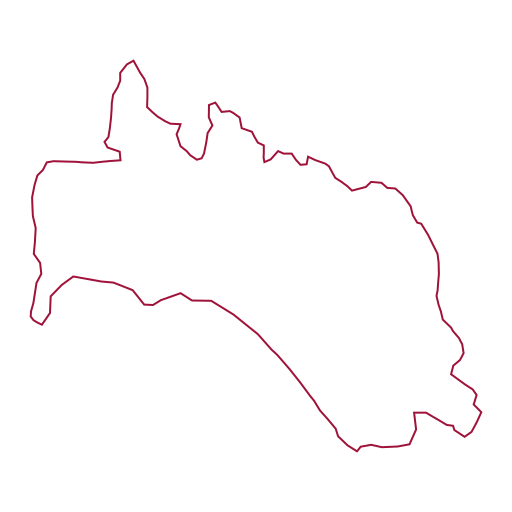 outline of Episkopi Lemesou, Limassol, Cyprus
{"feature_id": "46923920B6268683542966", "entity_name": "Episkopi Lemesou", "entity_type": "district", "adm_level": 2, "iso_a3": "CYP", "parent_name": "Cyprus", "parent_adm1": "Limassol", "projection": "robinson", "projection_center": [32.883, 34.674], "detail": "fine", "context": "isolated", "style": "outline", "palette": "rose", "viewbox_px": 512, "rotation_deg": 0, "n_neighbors": 0, "source": "geoboundaries", "source_scale": "gbopen_adm2", "svg_char_len": 2236}
<svg xmlns="http://www.w3.org/2000/svg" viewBox="0 0 512 512"><path d="M30.7,316.5L33.5,320.2L37.3,322.5L41.9,324.7L50.0,313.0L50.7,296.3L61.8,284.9L73.3,276.5L101.3,281.5L113.5,282.6L132.7,290.2L144.2,304.6L153.0,305.0L161.0,300.1L180.6,293.2L192.0,300.5L211.2,300.8L233.4,314.5L257.9,334.2L271.7,349.8L277.1,354.7L289.3,368.8L299.9,382.1L310.2,396.0L314.1,400.8L320.0,410.5L327.6,419.0L335.7,428.7L338.1,436.3L347.5,445.3L357.0,451.3L357.7,450.5L360.7,446.7L371.2,444.8L381.8,447.2L397.7,446.5L409.5,444.3L416.1,429.5L414.1,412.7L426.1,412.7L431.8,416.1L438.9,420.2L446.7,424.9L453.1,425.8L454.3,430.0L464.6,436.8L471.5,431.9L474.3,426.8L477.1,421.5L481.3,412.2L473.7,404.5L476.6,395.0L472.7,389.4L465.1,384.5L451.1,374.3L453.3,365.6L460.0,360.0L463.6,353.2L462.2,344.2L460.5,341.1L459.0,338.1L453.0,331.1L451.0,327.5L442.8,319.6L440.9,311.5L438.6,304.8L436.5,295.9L437.6,290.5L438.1,283.3L438.9,274.0L438.6,262.2L437.5,253.7L433.7,246.2L428.1,234.9L421.2,223.7L417.2,222.6L412.9,215.3L411.8,211.2L410.7,206.4L405.9,199.6L402.8,195.2L395.3,188.5L387.3,187.9L381.5,182.8L371.1,181.9L365.8,187.0L352.0,190.6L347.4,186.2L341.0,181.5L335.3,177.9L332.9,173.6L328.9,166.2L325.2,163.6L315.3,160.1L308.1,156.7L306.6,164.3L300.5,164.8L295.8,159.7L291.7,153.6L283.6,153.6L278.1,151.1L276.3,153.1L270.7,159.4L264.4,162.1L263.6,157.7L263.8,152.4L263.8,145.4L257.8,142.6L254.1,136.2L252.0,131.8L241.7,128.2L239.6,117.5L233.6,113.2L233.2,112.9L229.8,111.1L221.6,111.9L217.8,106.1L215.3,102.6L209.0,105.0L208.8,117.3L212.4,125.5L207.6,133.1L206.3,142.2L204.0,153.6L201.6,158.3L196.9,159.7L190.2,155.2L186.8,151.2L180.5,146.2L176.6,134.3L179.2,128.1L180.5,124.2L170.4,123.7L165.1,121.2L157.5,116.5L152.5,112.2L147.1,107.1L147.4,97.4L147.4,87.6L144.4,79.1L140.0,72.5L133.5,60.7L126.9,64.4L120.2,72.9L120.2,80.7L117.5,87.6L113.1,94.7L111.8,103.2L111.6,109.3L111.0,118.0L109.8,128.6L108.4,137.1L104.5,141.9L107.6,147.5L119.7,151.7L120.5,160.3L110.3,161.0L101.9,161.8L93.2,162.8L81.6,162.3L76.1,161.8L67.4,161.6L53.5,161.2L46.8,162.4L42.9,170.0L37.4,175.4L34.5,185.2L32.1,197.4L32.5,208.4L32.9,216.2L35.7,228.0L34.9,242.1L33.8,253.9L40.1,262.9L41.3,273.9L36.5,282.9L33.4,302.9L31.0,311.5L30.7,316.5Z" fill="none" stroke="#9f1239" stroke-width="2"/></svg>